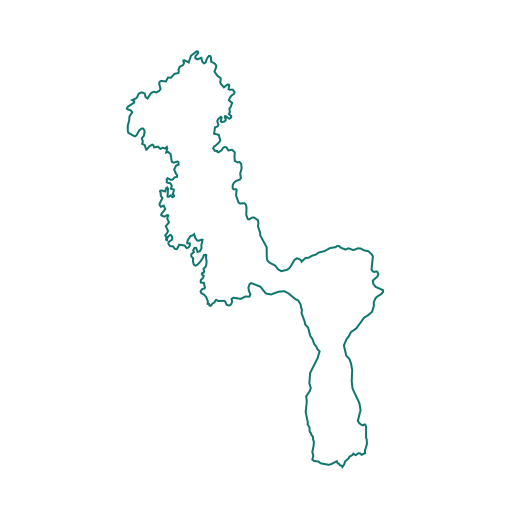 the district of La Llanada, Nariño, Colombia, rotated 22°
{"feature_id": "7082276B57596135767585", "entity_name": "La Llanada", "entity_type": "district", "adm_level": 2, "iso_a3": "COL", "parent_name": "Colombia", "parent_adm1": "Nariño", "projection": "equal_earth", "projection_center": [-77.729, 1.548], "detail": "fine", "context": "isolated", "style": "outline", "palette": "teal", "viewbox_px": 512, "rotation_deg": 22, "n_neighbors": 0, "source": "geoboundaries", "source_scale": "gbopen_adm2", "svg_char_len": 6120}
<svg xmlns="http://www.w3.org/2000/svg" viewBox="0 0 512 512"><g transform="rotate(22 256 256)"><path d="M431.0,397.9L429.9,395.7L429.3,388.7L427.4,384.7L426.1,383.2L422.1,373.2L420.4,371.4L419.4,371.7L418.6,373.0L417.2,373.0L414.5,372.4L412.2,370.8L410.7,359.8L406.9,353.6L395.1,342.7L391.7,336.3L387.9,325.7L384.4,320.1L381.2,316.5L377.0,314.6L371.0,306.0L371.1,299.3L372.1,295.8L372.5,291.1L376.2,285.4L379.3,272.7L382.1,269.0L384.5,264.2L383.9,257.8L382.6,255.1L382.6,251.3L383.2,248.8L386.5,244.2L387.3,241.6L386.6,240.1L378.4,239.8L375.3,237.9L373.5,235.0L376.2,229.7L376.3,227.0L374.5,225.3L373.4,225.2L372.0,226.3L370.1,226.6L368.2,225.3L364.5,212.5L362.7,211.1L358.5,209.5L353.8,210.3L350.3,209.8L347.4,210.8L344.8,213.5L343.3,214.1L338.8,214.2L336.6,216.5L331.2,216.5L329.3,215.7L327.5,216.3L326.5,218.0L321.7,220.9L317.6,225.9L312.7,229.4L311.1,232.1L307.8,234.8L305.5,237.8L302.6,239.4L300.4,244.2L299.7,243.3L297.3,242.7L294.8,242.8L293.2,245.0L292.1,252.4L291.3,255.2L289.9,257.2L285.2,260.6L281.5,260.1L277.4,257.7L271.2,257.1L268.5,256.1L266.7,253.7L262.6,243.9L252.2,235.3L251.1,232.8L246.7,227.8L246.0,224.7L244.2,222.0L239.6,221.1L238.2,221.7L235.8,224.8L234.5,224.8L231.6,221.6L229.1,214.7L227.3,212.2L225.3,211.4L221.7,213.3L219.9,213.1L214.8,207.3L213.2,201.8L212.2,201.6L210.4,202.6L209.1,202.1L207.9,199.4L208.0,196.7L209.2,194.1L212.3,191.2L212.8,189.4L210.5,185.6L209.8,180.1L207.8,176.2L205.6,175.0L203.9,176.1L200.7,175.8L198.6,171.5L197.8,168.4L196.8,167.5L194.0,166.5L190.8,168.5L188.0,166.4L186.5,166.5L185.0,167.9L184.4,171.1L182.2,174.0L181.3,174.0L180.6,173.2L178.4,173.9L176.1,172.4L176.0,170.2L177.0,169.2L179.2,164.6L179.6,162.4L176.1,157.6L171.3,158.3L169.8,152.1L171.8,150.3L172.0,148.4L169.9,146.1L169.5,144.9L169.6,143.5L171.3,140.1L172.3,140.5L172.8,144.3L174.2,144.6L176.3,143.2L177.0,141.8L176.7,140.4L175.0,139.1L174.8,138.1L175.4,137.7L179.8,138.7L180.6,138.0L181.0,136.6L180.6,135.5L177.6,134.5L177.9,132.4L176.1,129.4L176.7,127.1L176.5,123.0L172.5,121.7L172.6,118.4L173.4,116.0L174.8,114.0L174.7,112.0L172.0,110.5L169.3,111.7L168.1,111.6L167.2,107.7L166.7,107.2L165.2,107.8L163.1,111.7L158.9,109.6L157.7,108.3L157.2,105.5L156.3,104.1L153.1,103.6L148.5,100.7L148.3,95.7L147.7,94.2L145.7,93.1L141.6,92.6L139.7,88.5L138.5,87.7L137.3,88.3L136.5,91.9L136.9,95.3L135.6,96.9L133.5,96.0L131.0,92.7L128.0,95.7L125.6,95.4L125.0,93.4L126.0,90.7L126.2,89.0L125.5,88.2L124.4,88.4L120.7,94.6L121.1,101.8L116.8,101.2L115.5,101.8L115.5,102.5L116.8,103.6L117.0,105.3L116.7,106.6L114.7,108.7L114.3,109.9L114.4,112.2L115.3,113.9L115.5,115.4L112.1,117.7L110.4,122.6L107.5,123.5L107.1,127.9L102.5,129.2L101.5,130.5L101.4,131.6L101.9,132.9L104.9,136.8L104.5,138.9L102.5,141.6L99.9,142.0L98.1,143.6L97.5,145.0L96.4,150.6L94.0,149.9L91.9,147.0L88.6,147.1L86.4,149.5L86.3,153.1L85.8,154.7L82.8,157.8L85.2,158.1L85.6,159.4L81.3,165.5L81.0,167.7L81.9,168.1L85.6,167.9L87.4,169.2L86.4,174.2L87.6,177.6L88.3,183.3L90.4,188.3L91.6,189.6L98.3,190.5L99.2,190.2L100.0,188.6L100.6,183.5L102.1,180.8L103.4,180.1L105.1,181.0L106.2,182.5L107.0,186.7L106.0,189.5L108.2,192.2L108.4,194.7L111.2,194.8L114.4,198.6L114.8,198.3L116.1,194.2L118.1,191.6L119.4,191.8L120.8,193.5L124.2,191.3L127.2,192.5L129.0,190.5L131.3,190.5L132.5,188.3L133.4,189.5L134.0,193.7L135.5,192.5L138.5,193.4L142.6,200.1L144.7,200.3L147.8,197.8L148.9,198.0L150.0,200.3L148.1,201.9L147.7,206.4L151.3,210.0L152.5,210.5L153.0,212.3L150.9,213.8L150.4,215.8L149.6,216.8L148.1,217.3L144.8,217.0L144.4,218.3L145.7,220.9L147.1,221.2L148.7,220.5L150.5,221.4L151.7,222.7L151.8,225.5L154.8,225.2L155.5,226.8L155.6,230.0L157.4,230.5L157.6,231.5L156.4,232.8L154.2,231.8L152.8,233.9L151.7,234.1L149.2,226.6L148.0,225.7L147.3,226.9L147.6,230.2L144.2,230.5L142.8,231.2L142.7,232.0L143.8,233.0L145.3,236.0L147.6,237.4L147.0,243.0L147.4,244.8L149.4,246.0L151.6,243.9L154.3,246.6L152.6,251.8L152.7,253.5L153.8,254.0L156.6,253.7L158.0,251.6L159.3,251.2L159.7,254.6L162.8,257.5L161.2,262.0L165.0,265.8L165.0,268.1L164.1,270.9L165.9,272.2L166.5,274.6L167.5,274.7L166.9,271.7L168.6,268.5L169.0,268.4L171.0,269.6L172.1,271.5L171.7,273.0L169.9,275.4L169.9,276.8L170.4,277.7L172.7,279.1L175.4,278.1L177.9,279.7L179.7,279.5L180.1,279.1L180.5,274.4L185.7,273.0L188.8,274.7L190.2,273.3L190.7,271.6L190.4,269.6L189.7,269.1L187.6,270.0L187.0,268.9L186.8,266.7L187.8,262.0L189.7,260.5L190.5,258.9L192.9,262.0L195.5,263.6L197.2,263.3L199.5,261.1L200.4,261.0L201.3,266.5L202.6,269.3L202.1,272.8L200.2,274.0L197.3,270.9L195.9,271.5L195.6,274.3L197.0,275.6L195.4,278.4L195.7,279.7L196.3,280.7L198.6,281.6L199.4,284.4L201.6,287.3L203.6,287.6L205.0,285.9L206.4,282.3L207.4,277.8L207.3,274.7L208.8,273.7L209.6,273.8L210.0,275.9L212.2,279.5L213.3,283.1L213.2,285.2L212.1,287.4L213.8,289.9L213.7,291.1L212.6,291.6L212.5,293.1L213.4,293.8L214.8,293.8L215.1,294.5L215.0,296.3L213.9,298.8L214.3,300.7L214.9,301.3L217.6,300.4L220.5,304.4L220.3,305.6L218.6,306.7L217.9,308.7L218.0,309.9L219.3,311.0L222.5,311.4L225.0,312.6L228.3,316.0L229.1,318.5L230.4,318.0L231.4,319.3L232.6,319.3L233.5,316.4L234.8,314.6L235.1,312.1L235.6,311.6L237.6,311.9L243.4,309.5L244.7,309.9L246.9,312.2L249.0,312.2L250.3,311.4L251.0,310.0L251.0,307.3L249.4,305.0L250.8,303.1L257.9,301.5L261.4,297.5L265.1,296.2L265.1,293.4L262.8,291.4L260.8,288.2L260.6,284.6L261.6,282.9L271.6,282.8L278.7,286.8L280.1,287.0L284.4,286.0L290.4,280.6L295.6,278.0L300.0,278.5L308.9,281.3L311.8,281.4L315.6,284.3L317.2,287.1L318.7,288.5L319.6,291.9L325.7,298.6L327.1,300.9L331.2,303.0L336.2,309.7L339.5,311.9L343.0,315.9L345.9,317.4L347.9,319.4L350.7,320.6L351.4,327.9L350.0,344.0L353.1,353.9L356.3,358.0L356.4,361.2L355.1,367.3L357.6,371.9L360.5,382.0L366.5,391.1L366.8,392.6L369.7,394.8L371.6,398.8L373.4,399.8L374.8,401.5L376.4,402.1L377.7,404.8L379.3,406.6L380.6,410.7L381.6,416.6L383.9,419.6L384.5,423.7L386.7,424.3L390.8,423.2L393.6,424.0L401.5,422.4L403.5,421.0L407.8,416.0L409.4,417.6L410.8,417.5L412.3,418.6L414.4,418.3L415.1,419.2L415.8,416.4L415.6,413.0L417.7,408.9L417.8,407.1L420.1,404.2L420.3,402.8L423.0,403.3L424.9,400.5L426.1,400.0L428.4,400.8L431.0,397.9Z" fill="none" stroke="#0f766e" stroke-width="2"/></g></svg>